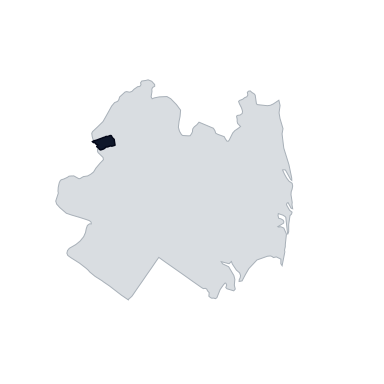 Bayi-Brikolo, Haut-Ogooué, Gabon shown in context, rotated 215°
{"feature_id": "22940354B11019670045233", "entity_name": "Bayi-Brikolo", "entity_type": "district", "adm_level": 2, "iso_a3": "GAB", "parent_name": "Gabon", "parent_adm1": "Haut-Ogooué", "projection": "mercator", "projection_center": [14.109, -0.581], "detail": "fine", "context": "in_parent", "style": "filled", "palette": "ink", "viewbox_px": 384, "rotation_deg": 215, "n_neighbors": 0, "source": "geoboundaries", "source_scale": "gbopen_adm2", "svg_char_len": 4261}
<svg xmlns="http://www.w3.org/2000/svg" viewBox="0 0 384 384"><g transform="rotate(215 192 192)"><path d="M260.4,72.7L260.2,75.5L257.0,82.4L255.5,87.7L255.1,93.3L256.0,97.8L257.5,101.1L258.5,104.6L257.7,107.1L256.2,108.1L257.3,109.4L259.6,109.7L263.5,108.6L269.6,106.7L277.6,104.0L282.8,102.5L291.4,103.4L296.0,104.5L298.4,106.4L300.9,114.5L302.2,115.7L304.3,119.2L306.0,123.3L306.4,125.4L306.2,126.9L304.4,129.2L302.5,132.5L301.8,134.4L300.1,135.9L298.0,137.4L292.3,138.0L291.4,138.8L289.8,142.3L286.7,145.3L285.3,148.1L284.1,151.9L284.4,156.5L283.8,163.2L283.1,167.7L284.7,169.3L291.5,170.4L292.9,171.3L294.7,174.1L297.1,176.7L303.4,178.4L305.8,180.4L307.8,182.6L308.1,184.4L306.6,191.6L305.3,198.6L305.8,203.9L306.3,208.9L307.1,216.3L306.7,220.8L304.9,223.6L304.9,225.7L305.8,228.3L304.2,235.5L303.2,236.7L300.3,238.0L298.9,240.0L298.4,243.0L296.9,247.1L295.3,248.6L295.3,250.6L296.8,252.0L296.8,254.1L294.0,256.7L292.3,258.7L288.5,259.6L284.2,258.6L283.2,257.2L284.2,255.0L283.9,253.2L282.4,251.3L280.1,246.5L278.1,245.5L276.9,247.4L273.4,251.1L267.3,255.8L262.9,256.2L254.9,254.7L248.3,252.5L245.1,247.0L243.1,242.4L240.3,237.2L237.1,234.6L233.6,233.0L232.1,232.9L227.2,235.9L225.8,237.0L225.8,239.5L226.2,241.8L227.0,242.9L227.6,244.4L227.5,246.7L226.6,249.8L226.3,253.2L211.0,256.5L208.3,255.3L206.4,253.8L204.1,254.0L197.4,255.8L195.0,254.6L192.5,253.7L191.4,254.4L191.3,255.9L192.5,263.8L192.1,266.9L190.6,270.8L189.8,273.5L193.9,274.3L195.4,275.6L196.8,277.6L198.8,279.4L198.9,280.6L196.7,282.7L195.9,285.2L197.0,287.2L199.7,289.3L203.8,291.5L205.8,292.9L205.6,294.2L203.7,297.0L203.0,299.4L201.7,301.5L201.9,303.5L203.8,305.3L203.6,306.9L202.3,308.2L199.8,307.9L197.7,308.1L195.8,307.6L189.8,301.2L188.5,301.1L179.8,305.9L177.6,307.9L175.9,310.8L173.5,317.0L169.5,313.4L166.1,306.8L162.1,302.7L153.8,296.1L151.6,291.3L142.0,280.6L128.3,270.0L118.4,260.7L116.9,258.7L118.5,258.9L128.1,263.6L129.4,263.0L130.5,262.0L126.4,259.6L122.5,257.7L118.7,256.5L115.0,256.6L113.0,254.7L111.6,251.7L110.9,249.1L109.3,246.5L104.0,241.0L102.8,238.9L99.9,236.0L101.6,235.6L107.3,238.4L107.8,237.3L107.3,235.7L101.6,233.0L98.5,232.9L97.8,231.0L98.2,228.9L94.2,220.9L90.0,214.9L89.3,212.1L100.7,225.1L102.2,225.3L104.2,225.2L108.9,223.8L108.0,222.0L105.9,220.2L103.8,221.0L101.2,221.2L99.8,220.4L99.1,219.1L101.8,212.8L100.6,213.1L99.8,214.2L98.3,214.7L96.1,215.1L90.5,211.7L85.5,202.6L84.2,200.7L82.9,197.5L81.6,196.2L75.9,183.3L78.1,184.2L80.7,188.0L85.7,187.2L87.7,185.0L89.4,185.1L91.1,184.6L93.4,182.6L99.8,173.6L101.5,161.9L100.9,154.9L100.0,147.9L102.1,145.7L103.0,147.2L103.4,149.6L104.4,151.5L106.7,153.1L110.9,153.5L117.5,156.1L119.9,157.7L120.5,154.5L128.1,151.7L125.8,150.7L119.1,151.8L109.8,147.6L106.8,145.0L103.9,140.0L100.9,137.3L101.1,135.0L107.8,132.8L109.5,133.1L110.2,135.7L112.0,136.7L112.7,136.4L113.0,134.1L113.0,128.2L111.0,119.7L111.6,118.1L113.4,117.5L115.0,116.3L116.2,116.1L118.4,116.3L119.6,118.3L120.2,119.4L122.4,119.9L124.3,120.9L125.9,120.7L127.2,119.4L129.2,119.2L135.2,119.2L140.7,119.2L151.6,119.3L162.6,119.3L173.5,119.3L181.7,119.4L181.7,114.5L181.6,107.0L181.6,98.1L181.5,89.6L181.5,81.7L181.4,72.4L181.9,69.8L182.4,68.6L182.2,67.1L190.7,67.0L206.0,67.7L212.7,67.6L214.6,67.7L222.9,67.3L229.7,67.8L232.6,68.5L235.1,68.8L243.3,69.2L253.8,68.7L257.4,68.8L259.4,70.1L260.4,72.7Z" fill="#d9dde1" stroke="#a8b0b8" stroke-width="1"/><path d="M302.4,176.2L302.2,176.2L301.7,176.0L301.1,176.0L300.7,176.2L300.2,176.5L299.8,176.6L299.3,176.6L298.8,176.4L298.5,176.3L297.9,176.2L297.5,176.2L297.0,176.4L296.5,176.6L296.1,176.6L296.0,175.6L296.1,174.8L296.0,174.5L294.4,174.5L293.7,174.4L293.0,174.2L292.6,173.9L291.7,173.9L291.1,174.0L290.7,174.4L290.1,175.2L289.4,176.1L289.0,176.8L288.7,177.6L288.5,178.3L288.3,179.4L287.8,179.9L287.4,180.2L286.9,180.6L285.5,182.7L284.9,183.1L284.5,183.3L283.9,183.6L282.4,185.5L282.0,186.0L282.0,186.3L282.4,186.7L285.9,190.4L286.6,190.6L287.6,190.7L288.2,190.8L288.8,191.0L289.4,191.3L289.9,191.6L290.4,191.8L290.9,191.7L291.6,191.1L292.1,190.2L292.7,189.4L293.4,188.6L293.8,188.5L294.2,188.3L294.7,187.4L294.9,186.8L295.3,186.4L296.0,185.6L296.3,185.0L298.0,182.6L299.9,179.8L300.6,178.9L301.1,178.4L301.5,177.9L302.1,177.1L302.4,176.2Z" fill="#0f172a" stroke="#020617" stroke-width="1.5"/></g></svg>